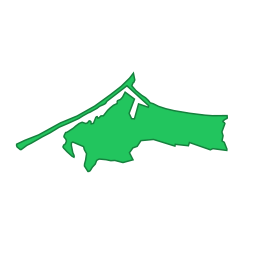 Carteret, North Carolina, United States of America (Natural Earth projection), rotated 198°
{"feature_id": "52423323B7621511423784", "entity_name": "Carteret", "entity_type": "district", "adm_level": 2, "iso_a3": "USA", "parent_name": "United States of America", "parent_adm1": "North Carolina", "projection": "natural_earth1", "projection_center": [-76.554, 34.833], "detail": "fine", "context": "isolated", "style": "filled", "palette": "green", "viewbox_px": 256, "rotation_deg": 198, "n_neighbors": 0, "source": "geoboundaries", "source_scale": "gbopen_adm2", "svg_char_len": 1962}
<svg xmlns="http://www.w3.org/2000/svg" viewBox="0 0 256 256"><g transform="rotate(198 128 128)"><path d="M27.4,138.5L32.0,144.1L34.6,144.8L35.2,150.0L37.5,153.3L37.2,162.1L37.7,162.6L38.2,162.9L39.6,163.3L39.8,163.5L39.6,164.3L39.5,164.6L38.3,166.3L37.0,167.5L36.8,167.8L36.7,168.1L36.9,168.8L37.6,170.4L51.4,165.8L58.7,164.0L73.7,161.1L89.6,158.7L98.0,158.0L105.7,158.0L111.6,158.9L114.7,158.8L117.2,160.5L120.7,162.2L125.0,163.3L132.0,166.0L137.4,169.3L137.2,172.5L136.6,173.1L136.4,175.8L139.8,181.8L141.9,175.9L147.3,165.6L155.1,154.1L166.4,138.6L180.1,123.7L193.8,112.0L210.9,93.8L222.3,84.4L228.9,78.2L228.5,76.8L227.6,75.7L223.8,74.2L222.9,74.5L218.7,80.4L215.4,83.6L206.8,93.1L200.6,99.4L193.7,107.5L186.5,113.8L177.8,121.8L174.5,125.8L170.7,129.9L168.8,131.5L167.0,133.5L163.6,137.1L161.7,139.9L158.3,142.9L157.0,144.4L156.3,147.0L142.1,167.8L115.2,155.6L115.2,154.0L125.4,154.2L124.7,138.7L127.5,138.0L131.5,142.3L130.8,157.5L141.8,161.2L142.7,155.7L144.0,152.8L146.3,150.8L146.5,150.2L145.9,147.9L148.8,145.2L151.1,141.7L152.8,138.5L155.2,132.0L157.5,131.1L158.8,128.6L159.8,128.1L160.8,129.3L161.3,129.1L161.9,128.1L162.0,126.1L162.3,121.7L164.3,120.6L165.3,122.6L166.5,123.0L167.2,122.7L167.7,121.4L168.1,120.3L169.7,119.2L173.4,119.3L175.9,117.1L178.3,113.7L179.9,111.0L184.7,105.1L185.9,104.4L186.4,101.3L186.2,99.8L183.5,98.0L182.5,96.4L182.6,94.1L183.0,92.9L183.5,92.4L183.9,91.8L184.0,89.9L183.0,89.0L178.6,86.6L172.6,83.9L170.4,83.5L170.4,84.3L171.0,85.4L172.9,87.5L176.6,94.1L177.2,96.4L176.2,97.6L164.8,96.6L164.3,96.3L162.9,94.0L159.5,90.8L158.4,84.4L158.2,80.4L157.7,78.4L152.7,74.3L151.8,74.6L150.8,75.7L149.8,79.7L148.0,83.6L147.8,87.4L146.9,88.6L145.7,89.6L139.1,91.1L134.3,91.6L130.5,93.1L122.1,93.6L113.4,99.3L119.0,104.9L117.2,110.6L113.6,113.4L111.8,120.0L100.2,125.0L77.8,125.3L78.0,127.1L65.1,129.8L65.1,133.2L46.6,132.8L43.0,132.7L40.9,134.6L27.1,137.2L27.4,138.5Z" fill="#22c55e" stroke="#15803d" stroke-width="1.5"/></g></svg>